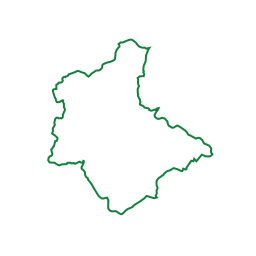 Taut, Arad, Romania, rotated 127°
{"feature_id": "2599482B85287351729722", "entity_name": "Taut", "entity_type": "district", "adm_level": 2, "iso_a3": "ROU", "parent_name": "Romania", "parent_adm1": "Arad", "projection": "mercator", "projection_center": [21.939, 46.235], "detail": "fine", "context": "isolated", "style": "outline", "palette": "green", "viewbox_px": 256, "rotation_deg": 127, "n_neighbors": 0, "source": "geoboundaries", "source_scale": "gbopen_adm2", "svg_char_len": 4413}
<svg xmlns="http://www.w3.org/2000/svg" viewBox="0 0 256 256"><g transform="rotate(127 128 128)"><path d="M202.7,169.8L199.9,165.8L199.9,163.3L199.2,160.3L196.8,158.9L193.8,155.3L192.3,155.4L190.3,153.0L190.3,151.9L189.6,150.9L188.7,150.5L188.5,150.1L188.6,149.2L188.3,148.6L186.8,147.8L184.3,146.7L184.0,145.6L183.8,144.5L183.4,143.9L182.9,143.6L182.2,143.4L181.6,143.8L181.1,143.9L181.0,143.5L181.4,143.0L182.5,142.5L184.0,142.1L187.7,141.3L188.4,140.5L188.6,138.1L189.0,136.1L191.7,133.5L192.3,131.8L192.4,129.7L193.3,128.8L193.7,127.0L194.8,123.1L196.9,118.5L197.5,116.8L199.8,111.1L200.1,109.1L200.1,106.6L199.9,106.3L199.2,105.3L197.1,103.6L196.2,102.7L197.0,101.3L197.7,100.0L198.5,99.7L198.8,99.1L200.5,98.2L204.2,95.3L204.6,94.0L204.8,92.6L204.7,91.6L204.0,90.4L203.1,89.3L201.9,87.9L201.5,86.2L201.6,84.8L201.2,82.4L201.1,81.8L200.4,81.0L197.6,80.4L195.4,80.2L192.5,79.3L190.7,78.1L189.3,77.4L188.5,77.0L187.1,76.9L184.4,76.2L182.3,75.3L178.8,74.0L173.8,72.5L171.0,72.2L170.4,70.4L169.4,67.7L168.7,65.8L168.0,64.5L166.1,63.2L165.8,64.6L165.2,65.3L163.9,65.4L162.9,65.7L160.6,67.7L158.5,68.0L158.0,68.4L156.9,70.1L155.7,71.4L153.4,73.1L152.2,73.4L151.7,73.3L151.1,73.4L149.3,73.3L147.9,72.8L146.5,72.2L145.7,72.3L145.0,71.8L144.3,71.4L143.8,71.5L142.9,71.7L142.2,71.5L140.6,71.3L138.8,70.7L137.2,69.4L135.7,68.6L134.9,68.3L132.7,67.5L132.3,66.8L132.1,66.2L131.7,65.0L131.5,64.3L131.3,64.1L131.1,63.3L130.3,59.4L129.7,58.7L128.4,59.0L127.2,59.4L126.6,57.2L125.8,56.5L124.5,57.4L119.6,57.6L116.1,57.8L115.2,55.8L112.8,56.6L113.4,53.4L104.9,53.0L104.0,49.1L103.4,48.2L101.4,45.5L99.8,45.0L98.1,44.8L97.6,46.7L96.9,47.5L96.0,48.2L95.6,48.2L94.2,49.4L93.6,51.3L93.3,52.6L93.9,55.6L94.5,57.3L94.3,58.4L93.9,59.7L93.0,61.0L92.9,63.2L92.6,63.8L93.1,65.2L93.7,66.1L94.8,66.9L95.2,67.1L95.6,67.3L96.4,73.3L97.0,76.1L96.0,78.2L95.6,80.7L95.8,86.8L96.2,89.8L96.5,90.1L96.7,90.4L100.0,91.7L101.2,92.8L101.6,96.8L101.0,98.3L99.6,99.8L98.9,100.8L98.4,104.7L99.4,107.0L101.3,108.1L102.8,109.7L103.0,110.5L102.9,113.3L101.4,114.7L98.4,115.1L96.7,115.1L94.0,115.3L93.6,115.5L94.2,116.1L95.1,116.4L95.4,116.8L96.2,116.9L96.8,116.9L97.3,117.2L97.5,117.7L97.8,118.1L98.7,118.7L99.7,119.4L100.3,120.0L100.5,120.8L100.9,121.9L100.1,122.8L100.1,123.9L100.7,124.6L101.3,126.4L101.8,127.3L101.5,128.1L101.3,128.6L101.5,129.8L101.6,130.6L102.1,132.4L101.7,132.9L101.3,133.0L101.0,133.3L100.4,133.4L99.8,133.8L99.2,134.3L98.4,135.4L97.7,136.4L97.6,137.2L96.7,138.4L96.5,139.1L95.8,139.9L94.8,140.3L94.3,141.1L93.0,142.2L91.3,143.6L89.4,144.1L87.9,144.4L87.1,145.9L86.2,147.0L85.3,147.7L83.3,149.0L82.3,150.4L81.9,150.3L79.6,149.7L79.0,148.7L78.1,148.0L77.2,146.7L75.1,147.5L74.2,149.4L73.0,149.6L72.6,150.6L69.1,152.8L64.0,154.1L59.3,157.2L54.3,158.7L53.1,158.9L51.2,159.1L52.9,160.5L53.6,161.1L53.8,163.1L55.2,164.8L56.2,167.8L56.1,169.7L55.1,173.1L55.0,177.0L55.4,178.5L56.0,179.4L59.2,181.6L62.9,183.7L64.0,185.3L66.6,186.1L67.3,184.4L68.2,183.8L69.6,184.0L72.4,184.1L73.9,183.6L75.6,183.2L77.0,182.1L78.8,181.0L81.2,179.9L81.9,179.9L85.3,181.6L88.8,184.4L91.9,186.2L93.3,186.3L94.9,185.2L96.2,185.0L98.4,185.3L99.5,185.9L101.5,188.2L102.8,188.5L103.7,188.8L105.2,189.4L106.6,189.9L108.8,190.0L110.8,190.6L110.8,191.4L110.7,192.7L110.5,194.2L110.3,195.8L111.1,197.5L111.7,199.8L112.2,201.6L112.8,202.6L114.6,203.6L117.7,205.5L120.9,207.7L121.7,207.5L122.5,207.5L123.1,207.7L123.5,208.0L123.9,208.5L125.1,208.7L125.1,209.1L126.0,210.0L126.9,210.2L127.9,210.2L128.7,209.7L129.3,208.6L130.2,208.4L131.1,208.4L132.2,209.0L133.2,210.3L133.6,210.6L134.0,210.6L134.7,210.5L135.3,210.6L136.8,211.2L139.9,208.7L141.1,210.0L141.7,210.5L142.3,210.8L143.4,210.5L144.0,209.9L147.5,205.0L148.1,203.5L149.7,201.5L150.1,200.2L149.8,199.7L148.2,198.2L146.6,197.7L145.0,196.7L145.2,196.2L146.1,196.2L147.1,194.0L147.6,193.4L150.0,191.7L150.6,190.3L151.0,189.6L151.4,189.3L153.6,188.7L156.4,188.1L158.8,186.5L160.4,186.9L160.7,187.7L161.4,188.5L161.6,188.8L161.9,189.0L162.4,191.0L163.2,191.4L164.7,191.5L165.3,191.3L168.1,190.0L168.6,189.6L169.4,188.4L169.9,188.2L173.5,187.8L174.5,187.2L175.3,186.1L175.7,186.0L177.9,185.4L178.2,184.9L177.9,182.1L178.3,178.7L178.5,178.2L179.0,177.8L181.0,177.2L181.4,177.4L182.3,178.2L187.1,176.2L188.3,176.4L190.0,176.1L191.3,176.4L192.2,175.6L193.4,173.7L194.0,173.0L194.6,172.6L195.6,172.4L196.3,172.6L197.5,173.3L199.4,173.5L201.7,172.4L202.7,169.8Z" fill="none" stroke="#15803d" stroke-width="2"/></g></svg>